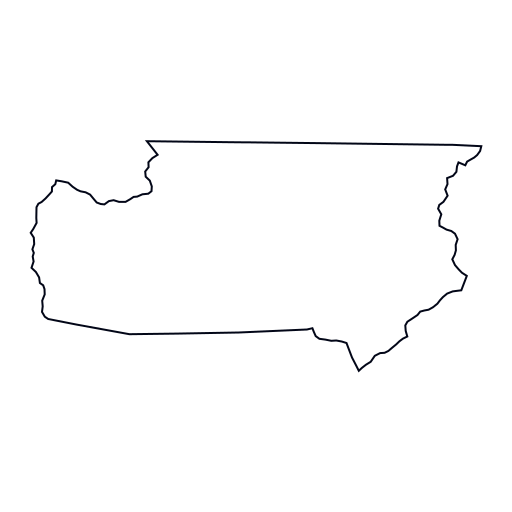 Garuva, Santa Catarina, Brazil (Albers equal-area conic projection)
{"feature_id": "56859067B65875190206725", "entity_name": "Garuva", "entity_type": "district", "adm_level": 2, "iso_a3": "BRA", "parent_name": "Brazil", "parent_adm1": "Santa Catarina", "projection": "albers", "projection_center": [-48.862, -26.067], "detail": "fine", "context": "isolated", "style": "outline", "palette": "ink", "viewbox_px": 512, "rotation_deg": 0, "n_neighbors": 0, "source": "geoboundaries", "source_scale": "gbopen_adm2", "svg_char_len": 1897}
<svg xmlns="http://www.w3.org/2000/svg" viewBox="0 0 512 512"><path d="M152.4,158.1L148.4,162.3L148.6,167.2L145.2,171.5L145.7,176.7L149.8,180.6L151.8,186.4L151.5,191.2L148.3,193.7L142.4,194.3L137.2,196.6L133.6,196.9L130.2,199.2L125.5,201.9L119.1,201.9L113.6,200.2L108.9,201.1L104.4,204.4L100.7,204.0L96.7,202.5L93.9,199.2L90.1,194.6L85.6,192.3L80.5,191.3L77.1,189.8L72.6,186.7L68.2,182.7L61.7,181.3L56.2,180.4L55.3,184.2L52.0,187.1L51.9,191.5L49.4,194.3L45.5,198.5L41.6,202.0L38.4,203.7L36.5,207.2L36.4,212.7L36.3,218.0L36.6,222.9L33.2,229.1L30.7,232.8L33.8,237.6L34.2,244.1L32.4,249.3L33.8,252.9L32.7,256.5L33.6,261.5L31.5,267.8L35.9,272.0L39.1,277.4L39.9,283.0L43.2,285.3L44.5,289.1L44.7,294.4L42.2,300.7L42.7,306.4L42.0,311.9L44.8,316.7L48.2,319.0L76.7,324.6L129.4,334.2L176.9,333.6L238.8,332.5L307.0,329.5L312.4,328.2L313.8,331.8L315.7,336.1L319.4,338.8L325.4,339.6L331.3,340.8L336.3,340.5L341.7,341.5L346.5,343.0L348.3,347.8L352.0,357.5L356.6,366.4L358.8,370.8L361.9,367.9L366.0,364.7L370.7,361.8L374.8,355.8L380.1,353.1L384.6,352.8L388.3,351.0L392.3,347.6L396.2,344.4L399.4,341.3L403.0,338.6L407.3,336.5L405.7,330.9L405.3,325.4L407.4,321.7L412.6,318.3L417.5,315.0L420.2,311.6L424.3,310.5L428.6,309.7L432.9,307.3L437.4,303.7L439.9,300.4L442.8,297.2L447.1,293.6L452.7,291.4L456.5,290.9L461.3,290.3L466.8,275.9L461.9,272.7L458.7,269.4L455.0,265.1L452.3,259.3L454.6,254.9L455.9,250.4L455.7,244.9L457.6,239.2L455.0,233.7L451.3,231.0L446.5,229.6L442.8,227.5L439.5,225.8L439.3,220.7L441.3,214.3L438.1,208.7L439.3,204.9L443.4,201.9L447.6,195.7L445.2,189.4L447.5,184.1L447.1,178.1L453.0,175.8L456.4,171.8L457.0,166.4L458.5,162.4L461.8,163.8L465.3,165.3L467.1,161.6L470.9,159.4L474.1,157.6L477.1,155.1L480.1,151.0L481.3,146.2L452.3,144.8L446.7,144.8L315.7,143.1L253.4,142.4L245.9,142.3L241.2,142.3L230.5,142.2L146.9,141.2L157.6,154.8L152.4,158.1Z" fill="none" stroke="#020617" stroke-width="2"/></svg>